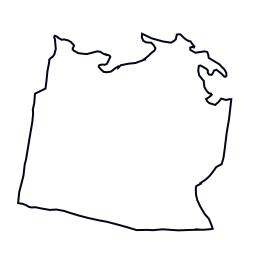 outline of Glaro, River Gee, Liberia, rotated 278°
{"feature_id": "62588387B27164468507335", "entity_name": "Glaro", "entity_type": "district", "adm_level": 2, "iso_a3": "LBR", "parent_name": "Liberia", "parent_adm1": "River Gee", "projection": "natural_earth1", "projection_center": [-7.495, 5.389], "detail": "fine", "context": "isolated", "style": "outline", "palette": "ink", "viewbox_px": 256, "rotation_deg": 278, "n_neighbors": 0, "source": "geoboundaries", "source_scale": "gbopen_adm2", "svg_char_len": 2428}
<svg xmlns="http://www.w3.org/2000/svg" viewBox="0 0 256 256"><g transform="rotate(278 128 128)"><path d="M170.9,226.3L170.7,224.6L169.4,221.1L170.1,216.2L166.3,214.0L163.0,211.1L163.9,205.2L165.3,202.9L167.5,201.3L170.3,204.5L172.6,206.3L173.6,205.3L173.5,204.5L173.9,202.9L175.7,200.8L178.7,198.2L181.3,197.3L183.0,197.1L183.5,196.7L185.1,196.6L187.1,194.2L190.2,191.1L194.3,189.6L199.4,189.5L200.0,191.1L199.4,192.5L197.5,197.4L196.0,199.1L193.8,199.3L192.2,200.9L192.2,203.4L193.4,204.1L196.8,205.2L198.0,207.5L194.9,212.9L192.3,216.2L192.2,217.1L193.1,218.2L196.4,217.6L199.3,215.4L203.9,209.4L208.7,198.2L211.9,197.2L214.3,195.8L214.6,193.3L213.6,189.9L211.9,184.2L214.0,178.9L216.2,178.4L217.2,179.9L216.9,182.1L217.9,182.4L220.5,179.6L222.4,178.0L222.5,176.3L223.7,173.0L225.7,169.9L227.9,167.0L227.9,165.2L227.3,163.3L222.5,163.0L220.3,161.1L218.5,158.6L218.5,153.6L218.6,150.2L220.1,138.8L223.3,128.8L219.6,129.1L216.6,130.9L215.3,133.9L215.7,139.1L213.6,141.9L210.8,144.1L208.4,143.5L206.1,141.2L201.9,137.8L199.2,135.4L198.7,134.7L198.1,135.1L196.4,131.9L193.4,126.3L191.8,119.7L189.2,112.2L186.1,109.9L187.4,109.5L186.6,108.3L181.5,103.3L180.3,99.3L180.2,96.1L182.1,93.3L183.8,91.2L184.0,90.9L185.0,90.4L186.3,90.9L187.2,93.4L187.4,96.1L188.5,98.1L195.9,100.6L197.0,99.8L197.6,97.9L197.3,96.7L198.0,95.6L197.6,95.1L198.4,92.5L199.6,90.1L199.6,86.9L195.5,77.0L195.3,74.0L195.2,68.3L197.1,63.5L198.1,62.2L199.2,62.3L202.3,63.1L205.2,59.5L206.4,56.6L206.8,52.4L206.2,50.1L207.4,46.7L208.7,44.8L209.2,42.7L208.9,42.6L207.7,42.2L205.5,43.4L201.3,44.3L196.2,45.5L190.6,44.8L188.1,43.5L186.5,41.7L184.6,40.5L182.2,40.8L173.2,40.3L163.3,40.7L155.6,40.8L149.0,31.1L139.8,31.7L133.1,31.2L128.7,32.1L120.7,32.4L103.3,31.9L82.4,31.4L77.9,30.8L66.2,31.1L63.5,30.8L49.2,29.2L41.5,29.5L40.2,29.6L38.4,29.6L38.2,31.8L38.3,33.9L38.2,34.3L37.4,37.8L36.1,40.9L35.9,43.7L36.7,47.5L36.3,52.1L36.1,58.9L36.0,62.1L37.3,68.4L37.0,75.8L35.9,82.2L34.4,91.9L33.4,100.7L32.5,112.1L32.2,120.2L30.7,132.8L29.5,141.8L28.1,150.6L29.8,161.4L30.3,166.9L32.5,176.4L33.2,186.1L33.6,191.9L35.8,204.3L36.9,211.1L37.2,210.7L37.5,215.7L39.1,223.0L40.0,225.9L44.7,223.5L49.4,220.7L53.5,215.9L59.9,210.8L66.1,206.7L71.3,204.7L77.0,203.6L79.9,203.6L83.0,207.9L83.6,207.4L87.5,211.9L90.5,214.4L92.5,215.9L96.5,218.2L101.6,220.8L105.3,225.8L111.6,226.7L118.9,226.7L137.0,226.4L150.3,226.8L170.9,226.3Z" fill="none" stroke="#020617" stroke-width="2"/></g></svg>